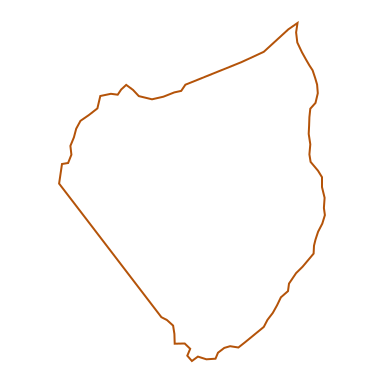 Mari, Paraíba, Brazil
{"feature_id": "56859067B78351678962852", "entity_name": "Mari", "entity_type": "district", "adm_level": 2, "iso_a3": "BRA", "parent_name": "Brazil", "parent_adm1": "Paraíba", "projection": "orthographic", "projection_center": [-35.297, -7.037], "detail": "fine", "context": "isolated", "style": "outline", "palette": "amber", "viewbox_px": 384, "rotation_deg": 0, "n_neighbors": 0, "source": "geoboundaries", "source_scale": "gbopen_adm2", "svg_char_len": 1074}
<svg xmlns="http://www.w3.org/2000/svg" viewBox="0 0 384 384"><path d="M185.4,84.7L181.2,90.9L174.3,92.4L163.4,96.7L152.0,99.3L138.8,96.1L133.0,89.9L126.2,84.9L121.2,89.5L117.7,94.7L110.9,93.8L100.3,96.0L97.4,108.4L88.8,115.1L80.5,120.8L76.2,128.7L73.9,137.4L70.4,145.9L71.4,154.7L68.1,163.0L62.0,164.0L59.1,183.6L81.8,213.2L161.4,317.2L166.9,320.0L173.1,325.6L174.4,333.9L174.7,343.7L184.7,343.5L190.2,348.8L187.3,355.7L191.9,361.0L197.9,356.6L206.4,359.3L215.5,358.7L218.0,352.7L224.3,347.9L230.1,346.2L238.4,347.5L245.0,342.3L263.8,326.9L267.5,319.8L272.8,312.9L277.0,305.4L280.9,297.3L288.0,291.1L289.0,283.6L296.1,273.1L302.6,266.7L313.6,253.6L314.0,245.7L315.5,239.6L318.1,231.7L322.3,223.6L324.9,215.1L323.9,208.0L324.6,197.8L322.0,187.1L322.0,177.2L318.0,170.7L310.6,161.9L309.4,154.4L310.3,144.3L308.7,133.9L309.1,125.7L309.4,117.2L310.3,108.7L315.5,102.9L317.8,93.2L317.1,84.6L315.2,78.1L312.6,70.3L309.4,65.4L306.2,59.9L302.0,52.4L297.3,42.5L296.1,32.4L297.5,23.0L288.4,29.3L263.8,51.8L241.3,62.2L185.4,84.7Z" fill="none" stroke="#b45309" stroke-width="2"/></svg>